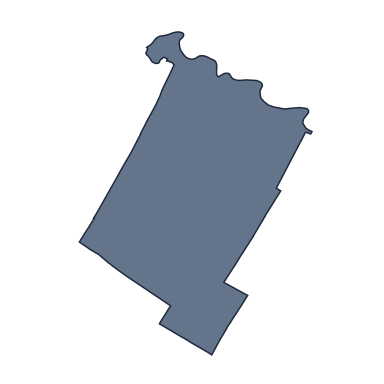 outline of Buesti, Ialomita, Romania, rotated 20°
{"feature_id": "2599482B7791464511961", "entity_name": "Buesti", "entity_type": "district", "adm_level": 2, "iso_a3": "ROU", "parent_name": "Romania", "parent_adm1": "Ialomita", "projection": "natural_earth1", "projection_center": [27.179, 44.521], "detail": "fine", "context": "isolated", "style": "filled", "palette": "slate", "viewbox_px": 384, "rotation_deg": 20, "n_neighbors": 0, "source": "geoboundaries", "source_scale": "gbopen_adm2", "svg_char_len": 4009}
<svg xmlns="http://www.w3.org/2000/svg" viewBox="0 0 384 384"><g transform="rotate(20 192 192)"><path d="M279.7,270.1L277.5,269.8L272.0,269.0L257.1,266.7L252.9,266.1L253.0,265.1L253.7,262.3L253.7,262.1L254.8,257.3L256.1,251.6L257.2,246.9L258.7,240.2L258.7,239.7L258.9,239.0L259.4,236.3L260.7,230.9L261.3,228.2L261.6,226.6L262.7,221.9L263.8,216.9L264.8,212.8L264.9,212.0L264.8,211.9L264.8,211.7L266.1,204.8L267.9,195.5L268.7,191.1L269.1,189.2L268.9,188.9L271.0,179.6L272.0,174.8L273.0,169.9L274.1,164.9L275.0,160.6L269.9,159.6L273.3,134.3L276.1,113.0L276.6,109.0L276.6,108.6L276.5,108.1L276.8,107.6L277.0,107.1L277.6,102.1L277.9,99.6L278.1,98.1L278.2,97.1L278.6,97.1L279.0,97.1L279.3,96.9L281.7,96.9L282.7,96.9L283.7,96.9L283.7,96.6L284.0,95.2L284.1,94.2L282.0,94.0L280.1,93.8L278.0,93.3L277.3,93.1L276.0,92.2L274.8,91.2L273.9,90.4L272.4,89.3L271.9,85.2L274.3,77.8L273.6,75.4L271.3,74.3L264.5,75.8L255.5,79.9L252.1,81.7L249.3,82.6L246.0,83.1L243.2,83.6L241.4,83.9L239.7,84.2L237.4,84.1L235.8,84.2L234.3,84.2L233.0,83.9L230.2,82.9L228.2,82.2L225.7,80.7L224.5,80.0L223.3,78.0L221.7,74.8L221.4,72.8L221.7,70.2L221.9,68.3L220.6,66.2L218.6,65.4L215.9,65.1L213.8,65.3L211.8,66.0L209.8,66.6L205.3,67.9L203.1,68.8L201.0,69.8L199.9,70.3L198.8,70.7L197.7,71.2L195.0,71.7L193.3,71.8L191.4,71.5L189.5,70.5L188.2,69.3L186.7,68.3L185.4,68.1L184.1,68.5L182.9,69.0L181.7,69.7L181.0,70.4L180.3,71.3L179.4,72.5L178.6,73.4L178.0,74.4L176.8,74.5L175.7,73.9L174.7,72.5L174.1,71.1L173.5,69.4L172.9,67.3L172.3,65.4L171.8,64.2L171.0,63.0L170.0,61.8L169.8,61.7L169.2,61.2L168.1,60.7L167.2,60.6L165.3,60.5L163.6,60.4L161.6,60.1L159.8,59.9L158.5,59.9L156.6,60.0L154.8,60.5L154.0,60.9L152.4,61.7L151.4,62.8L150.3,64.3L149.1,65.7L147.1,67.0L145.4,67.6L143.8,67.8L141.3,67.6L139.7,67.1L137.7,66.1L136.1,65.1L134.8,64.1L133.2,63.0L131.7,61.3L130.8,59.8L129.2,56.8L128.6,54.9L128.7,53.3L129.4,51.6L130.2,50.3L130.6,48.8L130.5,47.2L129.6,46.2L128.4,45.7L126.7,45.8L124.9,46.1L123.4,46.7L122.4,47.2L120.7,48.2L119.1,49.4L117.1,51.2L115.3,52.6L113.9,53.6L111.4,55.0L109.7,56.0L108.3,56.8L106.7,58.5L105.5,60.4L104.6,63.2L104.0,65.1L102.8,67.6L101.6,69.5L100.7,70.6L99.9,71.6L100.3,71.9L100.8,72.2L101.3,72.6L101.4,73.0L101.4,73.4L101.3,75.2L101.2,77.4L101.8,78.0L102.4,78.6L103.3,78.9L103.8,79.1L104.3,79.2L104.9,79.6L106.1,80.4L106.7,80.7L107.3,81.1L107.6,81.4L108.0,81.9L108.5,82.3L109.0,82.7L109.5,83.0L110.5,83.5L111.4,83.5L112.3,83.6L113.0,83.6L113.7,83.6L114.3,83.5L115.6,82.9L116.4,82.4L116.6,81.8L116.9,81.2L116.9,80.3L116.9,79.4L117.1,78.8L117.4,78.1L117.9,77.4L118.2,77.0L118.4,76.4L118.7,75.8L119.5,75.2L119.9,74.9L120.1,74.8L120.4,74.9L120.9,75.0L121.4,75.2L122.2,75.3L123.2,75.2L123.4,77.6L123.8,77.4L124.5,77.1L124.8,77.1L125.1,77.1L125.8,77.3L126.5,77.4L127.6,77.2L128.6,77.2L129.7,77.6L130.8,78.3L131.4,78.5L131.8,78.9L131.5,81.0L131.3,82.1L131.3,83.0L131.2,84.0L131.0,86.8L130.7,90.0L129.1,105.0L129.0,109.2L129.0,113.0L128.7,116.4L128.4,119.7L128.2,122.0L127.9,124.4L126.7,132.5L125.4,140.7L124.6,147.6L123.7,154.5L124.0,154.5L123.5,158.0L123.4,159.0L123.2,160.1L122.5,165.7L122.4,166.7L122.2,168.2L122.1,169.4L121.6,173.2L121.3,175.0L121.0,176.6L120.6,179.2L119.9,183.2L119.1,187.6L118.7,190.0L117.9,194.4L116.5,203.5L111.8,231.8L111.1,235.9L110.4,240.1L109.4,245.9L108.5,250.2L109.1,250.3L106.2,264.0L105.5,266.9L103.6,275.8L103.3,277.6L106.8,278.5L111.3,279.6L115.7,280.8L123.7,282.3L125.6,282.6L128.5,283.7L137.0,286.9L143.6,289.0L151.8,291.4L159.7,293.6L164.2,294.7L171.9,296.6L179.6,298.5L191.7,301.5L210.8,306.3L209.9,310.2L209.1,314.2L208.2,318.2L207.4,322.0L206.6,325.8L206.5,327.0L212.8,328.2L219.3,329.4L223.8,330.3L232.4,331.9L234.8,332.2L239.4,333.1L241.0,333.5L243.4,334.0L250.1,335.2L257.4,336.5L262.8,337.5L266.3,338.3L266.9,334.1L268.3,324.7L268.9,320.7L269.6,317.4L271.5,307.2L271.2,306.8L271.6,305.7L272.4,303.0L272.9,300.7L273.5,297.6L274.2,294.6L274.8,292.4L275.5,289.2L276.0,286.9L276.4,285.3L277.4,281.0L278.5,275.6L279.5,270.9L279.7,270.1Z" fill="#64748b" stroke="#1e293b" stroke-width="1.5"/></g></svg>